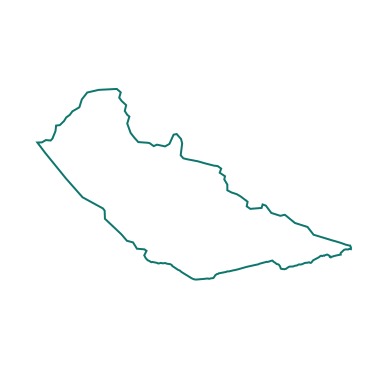 Mbere, Adamaoua, Cameroon, rotated 52°
{"feature_id": "32672807B16068661668461", "entity_name": "Mbere", "entity_type": "district", "adm_level": 2, "iso_a3": "CMR", "parent_name": "Cameroon", "parent_adm1": "Adamaoua", "projection": "albers", "projection_center": [14.525, 6.605], "detail": "fine", "context": "isolated", "style": "outline", "palette": "teal", "viewbox_px": 384, "rotation_deg": 52, "n_neighbors": 0, "source": "geoboundaries", "source_scale": "gbopen_adm2", "svg_char_len": 2702}
<svg xmlns="http://www.w3.org/2000/svg" viewBox="0 0 384 384"><g transform="rotate(52 192 192)"><path d="M57.8,283.4L70.7,283.6L103.7,283.0L128.8,281.5L141.8,275.9L150.1,272.3L152.9,272.3L159.5,277.1L181.8,273.7L190.4,273.3L195.4,269.5L202.8,270.3L207.9,264.8L210.4,264.1L212.5,268.6L215.6,269.2L217.8,269.0L218.4,269.0L220.0,268.1L221.8,267.5L222.4,267.1L222.7,266.3L226.3,263.2L227.3,262.8L228.0,261.9L228.7,260.2L230.3,258.9L231.2,257.3L231.6,256.7L232.7,256.2L235.6,253.5L236.6,253.1L237.4,252.9L238.1,253.1L244.8,250.9L246.3,250.0L247.3,249.8L248.7,249.5L259.5,245.5L261.7,244.4L263.3,243.0L263.9,242.1L267.3,236.9L270.0,232.6L270.5,232.4L271.2,231.5L271.6,230.4L272.9,228.3L272.9,227.8L271.9,224.7L272.0,223.0L272.6,221.7L272.5,221.1L272.9,220.4L276.0,214.3L276.1,213.5L277.5,211.4L279.2,207.6L279.8,206.6L280.3,205.5L281.1,203.7L284.7,194.9L288.6,186.7L289.8,184.3L290.1,182.9L291.3,180.1L293.0,176.1L293.4,175.9L294.1,174.4L295.1,171.6L295.6,170.8L296.9,170.7L297.2,170.7L299.3,169.9L299.9,169.8L300.7,169.7L302.3,168.5L302.5,168.4L303.1,168.3L304.5,168.4L306.2,168.8L306.9,169.2L307.5,169.0L309.7,166.8L310.4,165.2L310.6,161.9L310.9,161.0L312.5,158.8L313.1,157.8L313.2,157.4L313.5,156.3L314.5,154.5L314.8,152.5L316.2,150.7L316.7,149.6L317.4,146.6L318.5,145.1L319.5,143.0L320.7,142.4L321.1,141.6L321.0,141.1L320.4,138.6L321.6,131.9L321.5,131.3L321.5,130.5L321.7,129.5L322.7,128.8L323.0,127.5L323.7,127.0L323.7,126.1L324.4,124.2L324.8,123.8L327.0,122.9L327.9,123.4L328.7,123.2L329.0,122.8L328.8,122.1L329.1,121.7L330.6,117.9L332.9,113.3L331.9,112.8L331.6,112.3L331.2,107.7L331.9,106.1L333.4,104.4L333.7,103.1L334.9,102.0L334.5,101.6L333.9,101.5L333.4,100.8L332.5,100.7L331.6,100.4L331.4,100.7L328.0,103.4L323.8,106.0L318.7,109.6L316.6,111.2L301.1,122.1L300.5,122.5L290.7,122.5L280.6,129.4L279.7,130.0L267.7,132.7L267.1,132.9L265.1,137.1L257.3,142.4L248.2,142.2L245.3,144.0L247.4,147.0L241.2,156.4L237.0,157.7L233.9,154.2L232.6,154.5L225.5,156.4L221.4,158.0L216.6,161.2L212.4,163.1L207.9,159.6L201.9,158.8L199.9,156.3L193.9,158.3L191.5,154.6L187.4,155.8L184.7,158.5L177.3,164.2L171.4,168.5L162.8,176.0L160.1,178.1L156.1,178.3L152.5,174.7L147.6,169.8L143.4,168.0L136.9,168.4L135.5,171.2L140.2,180.2L139.6,184.4L139.5,185.1L136.2,187.9L133.1,190.5L132.3,193.9L127.5,195.3L126.1,196.4L119.6,203.6L113.6,204.0L107.7,204.0L98.2,200.9L94.0,194.9L91.4,195.5L86.8,195.1L83.0,190.4L77.0,191.4L72.9,191.3L69.6,186.8L64.6,187.8L64.1,188.4L63.3,189.5L54.1,202.6L49.1,213.3L51.2,221.8L55.9,228.6L54.8,236.6L56.0,240.9L55.8,245.1L57.3,249.2L57.9,255.0L56.0,258.2L59.9,262.0L62.3,266.1L63.3,267.9L64.0,269.0L64.4,271.7L61.1,275.2L60.5,279.7L57.8,283.4Z" fill="none" stroke="#0f766e" stroke-width="2"/></g></svg>